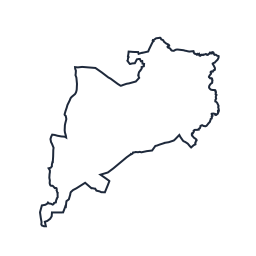 the district of Matkules pag., Kandavas, Latvia, rotated 351°
{"feature_id": "27541924B52205717280809", "entity_name": "Matkules pag.", "entity_type": "district", "adm_level": 2, "iso_a3": "LVA", "parent_name": "Latvia", "parent_adm1": "Kandavas", "projection": "mercator", "projection_center": [22.582, 56.979], "detail": "fine", "context": "isolated", "style": "outline", "palette": "slate", "viewbox_px": 256, "rotation_deg": 351, "n_neighbors": 0, "source": "geoboundaries", "source_scale": "gbopen_adm2", "svg_char_len": 5694}
<svg xmlns="http://www.w3.org/2000/svg" viewBox="0 0 256 256"><g transform="rotate(351 128 128)"><path d="M204.3,62.3L200.5,62.1L198.6,61.4L197.8,61.0L196.5,60.6L195.1,59.9L189.5,58.3L187.9,58.1L186.6,58.4L185.8,58.8L185.1,58.9L183.4,58.4L182.7,57.6L182.2,56.3L181.3,55.5L180.1,54.8L179.8,54.3L179.7,54.0L179.9,53.7L180.3,53.4L181.3,53.4L181.6,53.2L181.6,52.9L181.1,52.0L178.9,50.5L177.3,48.7L177.0,48.4L176.6,47.0L176.4,46.7L174.7,45.7L174.2,44.1L173.7,43.8L173.1,43.9L169.8,43.8L167.2,45.1L166.7,45.1L166.4,45.0L166.1,45.5L166.7,46.3L166.0,46.7L165.0,48.0L161.1,53.6L159.9,55.6L154.2,56.0L154.2,55.9L153.2,55.9L150.1,56.4L149.9,54.6L145.1,53.7L140.6,52.6L140.4,53.2L140.5,53.3L139.1,57.5L139.7,58.1L139.0,59.0L138.3,61.2L138.3,62.0L138.2,62.0L139.8,65.0L140.0,65.1L142.4,64.9L144.7,65.1L144.9,65.1L147.5,61.6L149.4,61.5L150.5,61.7L151.2,64.1L152.5,64.1L152.4,66.7L153.9,67.2L153.3,69.5L151.0,69.9L150.9,71.3L149.5,72.9L149.4,72.8L147.6,74.6L146.6,76.9L146.8,76.9L146.5,78.8L146.9,80.2L143.0,83.3L135.9,84.1L133.6,84.1L129.5,84.8L128.3,85.1L127.3,85.1L124.7,82.8L118.5,76.5L116.5,75.0L110.8,69.0L105.2,63.6L92.3,60.5L88.0,60.3L85.2,59.6L85.1,61.3L85.5,63.2L84.8,66.4L84.4,67.5L84.9,70.2L84.5,76.5L83.4,81.8L83.0,83.0L82.2,84.7L81.0,86.2L77.5,88.3L76.3,89.2L75.5,90.3L74.9,91.4L71.8,95.8L70.6,98.4L68.9,101.6L67.5,104.6L67.6,105.3L68.4,106.4L68.5,109.1L68.4,109.8L66.8,113.5L66.1,115.4L65.1,120.3L65.0,122.5L65.4,125.6L65.4,127.7L64.2,126.7L60.8,125.9L57.1,124.6L54.5,123.4L52.1,122.7L50.7,124.7L49.7,126.8L49.8,129.9L50.4,131.6L51.4,135.9L50.8,137.9L49.6,144.5L48.4,149.8L48.1,149.7L47.1,152.2L46.8,154.0L45.4,155.2L43.3,155.4L44.1,157.3L44.2,157.8L43.9,159.5L43.3,161.3L42.5,164.9L42.6,167.6L42.0,170.1L42.1,171.7L42.4,172.5L42.6,172.8L43.3,173.1L44.3,173.2L44.9,173.7L46.3,175.9L47.3,175.9L47.9,176.2L48.1,177.3L47.8,178.1L47.7,178.4L47.8,178.5L48.2,181.5L48.3,181.5L48.1,182.2L47.8,184.7L47.7,185.4L46.7,186.3L46.7,186.8L46.1,187.5L45.6,188.5L45.1,190.2L43.3,190.4L43.0,191.1L41.7,191.9L39.9,190.7L38.1,190.2L37.3,189.1L36.4,190.1L34.4,190.9L30.8,191.0L28.0,197.3L27.9,197.7L27.8,203.3L27.9,207.5L27.3,209.5L27.7,210.8L29.6,211.9L31.5,212.2L31.2,207.6L33.7,207.2L36.9,205.5L38.8,203.3L39.7,199.5L48.2,200.9L50.7,201.2L53.4,196.5L53.9,195.5L54.3,195.9L55.4,191.8L55.8,190.6L58.4,189.2L60.4,185.0L61.0,183.2L61.6,182.3L64.0,180.7L67.6,179.5L77.1,175.4L82.4,181.7L82.6,181.6L85.9,182.8L86.1,182.8L87.0,184.9L90.1,186.2L91.5,187.2L95.1,187.9L99.3,181.0L101.3,177.5L101.1,177.2L98.2,174.3L93.5,169.8L101.1,168.8L107.2,165.6L122.1,156.7L126.5,154.5L126.6,154.4L126.7,154.6L128.4,154.0L129.1,153.1L129.3,153.2L129.7,153.0L131.0,153.1L131.8,152.9L134.1,153.5L135.9,153.4L137.4,154.1L142.9,153.8L148.3,154.0L152.2,150.0L153.8,149.9L156.7,149.3L162.0,148.5L162.0,148.4L166.0,148.4L171.3,147.5L172.7,146.6L177.6,142.9L178.3,145.0L180.4,149.3L180.9,149.8L182.4,150.8L184.6,152.8L186.3,155.7L187.3,157.1L189.3,155.8L190.3,155.2L192.1,154.7L192.2,154.3L192.0,153.5L192.1,153.2L192.3,152.8L192.6,152.6L192.6,152.4L192.8,152.1L193.1,151.4L193.5,151.3L193.8,151.1L193.9,150.7L193.7,150.0L192.6,148.8L191.5,147.8L190.7,146.4L190.2,145.8L190.0,145.3L190.3,144.9L190.0,144.0L190.6,143.1L191.0,143.0L191.4,143.2L192.5,141.9L192.3,141.1L192.6,140.8L193.5,140.3L196.2,140.7L196.6,140.5L197.5,140.7L197.6,140.3L198.1,139.7L198.6,139.7L199.0,139.4L199.8,137.9L199.9,137.4L200.0,137.2L201.1,137.0L201.6,136.8L202.9,137.8L203.2,137.8L203.5,138.0L204.7,138.4L205.9,138.1L207.7,136.5L208.0,136.1L208.3,136.0L209.0,135.3L209.5,135.1L210.1,134.3L210.1,134.0L210.6,133.3L211.1,132.0L211.6,131.8L212.0,131.8L212.2,131.5L212.4,131.2L212.5,130.7L212.4,129.9L212.5,129.6L213.4,129.2L212.8,127.5L212.8,127.1L213.3,126.9L213.9,127.1L214.7,127.1L215.9,127.6L216.5,127.9L216.4,128.1L216.1,128.3L216.1,128.5L216.4,128.7L216.5,128.6L217.1,128.6L217.3,128.8L219.0,127.8L219.3,127.0L219.4,126.6L220.1,126.1L220.0,125.8L219.5,125.5L219.5,125.2L219.6,124.9L220.5,124.7L220.5,123.4L220.5,122.3L220.3,122.0L220.4,121.2L220.7,120.9L220.9,120.3L220.0,117.1L219.0,115.7L218.4,115.4L218.6,114.3L218.9,113.6L219.6,112.9L219.7,112.6L219.5,111.3L219.8,110.4L219.8,110.2L220.5,109.4L220.6,109.1L219.8,108.3L220.1,107.6L220.1,107.1L220.5,106.5L220.5,106.3L220.5,106.1L220.1,105.8L220.0,105.6L220.1,105.2L220.3,104.8L220.1,104.3L219.7,104.1L217.6,103.7L216.1,103.2L215.5,102.7L214.7,101.6L214.4,100.8L214.5,100.3L214.7,99.4L215.8,98.0L217.4,96.8L218.1,96.6L218.5,95.7L218.4,95.1L218.9,94.2L218.8,93.7L218.6,93.5L218.8,92.8L218.7,92.3L218.5,92.0L218.0,91.8L217.1,91.9L216.9,91.8L216.5,91.1L215.9,90.4L215.9,90.1L216.9,88.8L218.4,87.5L218.6,87.1L218.4,86.7L218.3,86.0L218.3,85.7L218.5,85.5L219.2,85.1L219.6,85.2L220.1,85.6L220.6,85.6L221.1,84.9L221.6,84.3L222.3,84.4L222.8,84.2L223.1,83.4L223.2,82.2L222.3,79.4L221.7,78.2L221.7,77.6L222.6,77.2L223.9,77.0L224.8,76.2L227.2,74.5L228.2,73.1L228.7,71.9L228.7,71.1L227.4,70.6L226.6,69.8L226.4,69.5L226.1,69.3L224.9,69.3L224.6,68.8L224.6,68.5L224.4,68.2L224.2,68.0L224.3,67.3L224.2,66.8L224.0,66.6L223.6,66.3L222.9,66.3L222.6,66.7L222.3,67.5L222.1,67.5L221.9,67.4L221.5,66.7L221.2,66.4L220.7,66.3L220.4,66.7L220.5,67.1L220.5,67.3L219.0,67.6L218.7,68.0L218.2,68.3L217.3,68.0L217.1,67.5L216.5,67.1L215.2,67.4L214.3,67.3L214.0,67.6L213.6,67.7L212.9,67.5L212.6,67.1L212.4,67.1L211.9,67.5L211.5,67.4L210.9,67.8L210.7,67.9L210.6,67.6L210.7,67.2L210.4,67.2L210.0,67.6L209.8,67.5L209.7,67.0L209.9,66.9L210.0,66.6L209.8,65.8L209.6,65.9L209.4,66.2L208.9,66.4L208.6,66.3L208.6,65.8L208.4,65.7L208.1,66.3L207.6,66.5L207.4,66.4L207.3,65.8L207.1,65.7L206.5,65.6L205.9,65.1L205.5,65.1L205.3,64.9L204.8,63.9L204.8,63.4L204.8,63.0L204.3,62.7L204.2,62.5L204.3,62.3Z" fill="none" stroke="#1e293b" stroke-width="2"/></g></svg>